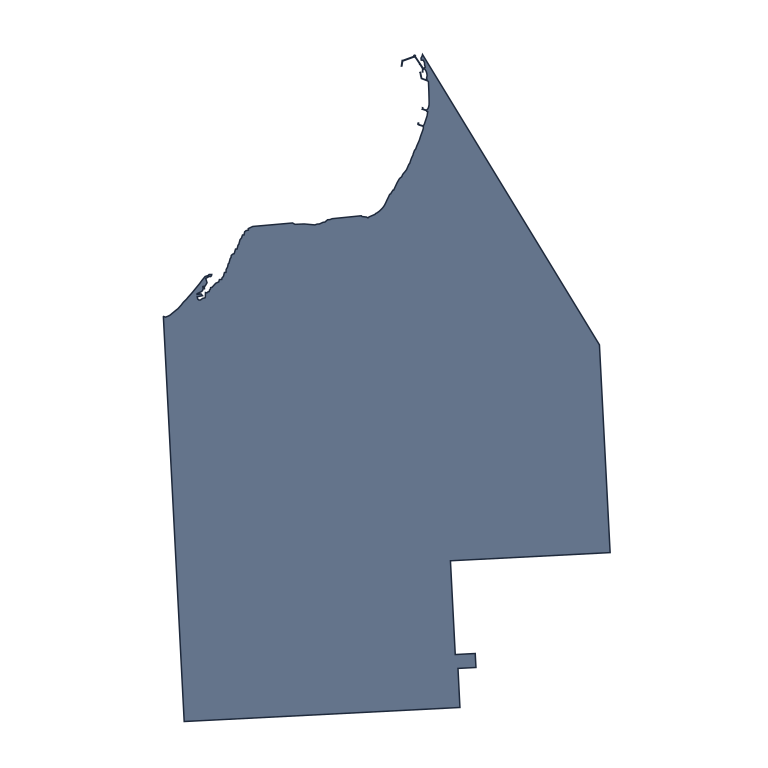 77, Madinat ach Shamal, Qatar, rotated 267°
{"feature_id": "91078587B75856753740390", "entity_name": "77", "entity_type": "district", "adm_level": 2, "iso_a3": "QAT", "parent_name": "Qatar", "parent_adm1": "Madinat ach Shamal", "projection": "albers", "projection_center": [51.407, 25.968], "detail": "fine", "context": "isolated", "style": "filled", "palette": "slate", "viewbox_px": 768, "rotation_deg": 267, "n_neighbors": 0, "source": "geoboundaries", "source_scale": "gbopen_adm2", "svg_char_len": 3047}
<svg xmlns="http://www.w3.org/2000/svg" viewBox="0 0 768 768"><g transform="rotate(267 384 384)"><path d="M409.2,601.2L411.8,601.2L663.6,465.3L711.0,439.7L709.4,439.2L707.5,438.0L705.5,438.1L705.2,440.2L703.7,440.9L702.7,441.3L700.6,441.2L698.3,441.8L697.5,440.7L697.1,439.7L709.3,432.4L710.2,432.6L710.6,432.3L710.8,431.5L710.4,431.0L709.6,431.1L706.2,420.0L706.2,419.1L700.6,418.0L700.6,418.5L705.5,419.5L708.8,430.4L709.1,431.8L707.4,433.1L702.0,436.3L701.3,436.3L701.1,436.8L696.4,439.3L695.8,438.9L693.7,438.8L693.6,439.0L694.1,439.1L695.8,439.2L696.9,440.7L695.9,441.5L694.2,442.4L692.0,443.0L689.6,443.2L687.2,442.5L686.2,442.8L685.6,442.8L685.4,442.4L686.3,439.8L686.6,439.1L687.2,437.8L687.4,437.6L692.8,436.8L693.3,436.9L693.4,436.5L693.2,436.2L692.7,436.5L691.5,436.6L689.1,436.9L687.9,437.2L687.1,437.3L684.4,443.4L683.7,444.2L673.4,444.1L663.0,443.8L660.3,443.6L657.9,442.9L656.5,442.2L655.2,440.7L656.5,437.2L657.8,437.2L657.9,436.9L656.7,436.9L656.4,436.6L654.9,440.5L654.0,441.0L653.7,441.9L649.6,441.1L641.2,437.8L639.7,436.7L640.8,433.5L641.5,432.1L641.9,432.0L642.2,432.2L642.8,432.2L642.8,431.7L641.7,431.4L641.2,431.8L640.7,432.8L639.2,436.8L637.0,436.6L634.4,435.6L631.2,434.2L629.3,433.4L626.0,432.2L625.1,431.8L620.0,429.2L617.1,428.0L615.7,426.7L612.3,425.2L611.3,425.0L608.6,423.5L606.8,422.7L602.9,421.2L602.2,420.4L598.8,418.7L596.8,417.7L594.6,415.8L593.1,414.3L592.0,413.5L590.0,412.5L588.9,410.9L587.9,409.9L584.3,407.6L580.9,405.8L577.1,403.8L577.2,403.2L574.8,401.4L573.5,400.6L573.1,399.6L570.2,398.1L567.2,396.4L565.2,395.4L562.4,393.8L560.7,392.5L559.5,391.4L556.9,388.5L555.1,385.7L554.7,384.6L553.9,383.9L551.6,377.7L550.9,377.0L550.9,376.2L551.6,375.4L552.4,370.8L553.2,370.1L551.8,340.9L551.0,338.6L551.0,336.3L548.7,333.3L548.7,331.7L547.2,327.9L547.2,325.6L546.5,323.3L548.0,312.6L548.1,303.4L549.6,301.1L548.9,281.2L548.2,261.2L546.3,256.6L544.8,256.6L544.4,254.3L543.3,252.8L540.2,252.0L540.2,250.5L537.2,249.3L535.7,247.8L531.1,246.3L530.3,245.5L526.5,244.3L526.5,242.8L522.0,241.2L521.6,239.7L520.4,238.2L518.2,237.8L517.4,237.0L512.8,235.5L512.1,234.7L509.0,233.9L506.7,232.4L503.7,232.0L503.7,230.5L499.9,229.3L498.4,227.8L496.9,227.4L496.9,225.1L494.6,224.3L493.4,221.2L489.6,217.4L489.3,215.9L487.7,215.5L487.0,214.7L485.5,214.3L485.1,212.8L484.3,212.0L484.7,210.5L480.1,210.1L479.4,209.7L479.0,207.4L477.5,205.1L477.5,203.6L478.6,202.4L480.9,202.0L481.7,207.4L483.6,205.9L483.2,202.0L484.0,202.1L485.9,206.7L487.0,207.8L488.5,208.2L488.5,209.7L490.1,209.7L490.1,208.2L490.8,208.2L491.2,210.5L494.4,212.6L498.7,211.5L500.5,214.9L500.3,216.5L501.2,217.4L502.4,217.7L502.5,215.1L501.5,213.9L500.7,211.0L497.1,207.7L493.9,205.1L488.2,199.9L486.3,198.2L483.9,195.9L481.0,193.0L479.1,191.3L476.4,188.2L475.0,186.9L473.7,185.9L469.9,182.1L468.9,180.6L465.6,176.1L464.1,174.2L463.1,172.1L462.2,169.3L463.0,167.4L462.8,167.2L57.4,166.8L57.0,442.9L96.1,443.0L96.1,461.0L110.1,461.0L110.1,441.0L204.0,441.1L203.8,601.0L315.8,601.1L409.2,601.2Z" fill="#64748b" stroke="#1e293b" stroke-width="1.5"/></g></svg>